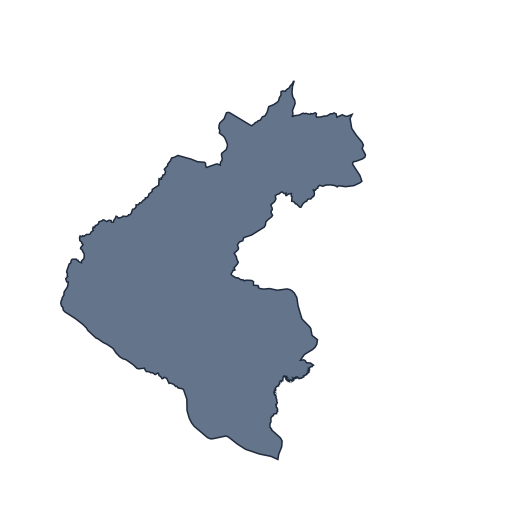 outline of San Martin, San Martín, Peru, rotated 130°
{"feature_id": "86281439B4761836687342", "entity_name": "San Martin", "entity_type": "district", "adm_level": 2, "iso_a3": "PER", "parent_name": "Peru", "parent_adm1": "San Martín", "projection": "orthographic", "projection_center": [-75.887, -6.437], "detail": "fine", "context": "isolated", "style": "filled", "palette": "slate", "viewbox_px": 512, "rotation_deg": 130, "n_neighbors": 0, "source": "geoboundaries", "source_scale": "gbopen_adm2", "svg_char_len": 6157}
<svg xmlns="http://www.w3.org/2000/svg" viewBox="0 0 512 512"><g transform="rotate(130 256 256)"><path d="M280.6,155.1L280.8,162.0L276.3,167.5L275.8,169.3L274.7,180.3L267.1,191.8L261.6,198.0L259.7,203.0L259.5,206.2L260.0,208.6L261.3,211.1L268.6,217.8L272.2,224.7L276.4,228.8L278.5,232.4L278.6,234.0L277.6,234.6L277.3,235.4L279.8,238.8L279.6,239.5L277.3,241.4L277.5,243.5L280.0,247.0L281.7,248.7L282.7,249.0L282.5,250.4L284.1,252.8L284.1,255.3L285.6,257.5L286.3,262.4L285.8,263.5L282.5,264.0L281.9,264.5L280.5,263.1L279.8,263.7L279.2,265.2L274.3,265.1L272.2,265.5L270.7,268.8L269.2,270.5L267.9,274.4L262.8,273.8L261.2,274.4L259.4,277.4L255.9,277.7L252.7,275.9L249.9,277.2L242.6,272.8L228.4,268.2L226.2,268.7L223.7,270.3L220.8,270.2L215.8,269.2L214.1,269.5L213.1,272.2L212.0,273.2L210.0,273.3L208.8,274.6L207.4,277.5L202.4,276.7L199.5,277.4L197.7,279.8L195.6,279.6L193.5,278.2L191.2,277.9L190.1,277.1L190.1,274.9L189.5,273.6L188.7,273.4L190.3,272.3L190.4,271.7L187.3,270.7L185.4,269.1L187.4,267.6L187.4,266.5L191.1,263.9L190.5,263.2L190.2,261.0L190.7,259.3L190.1,258.2L190.5,253.9L189.8,252.9L185.7,253.7L182.3,253.1L181.6,252.4L179.5,252.8L178.2,252.1L177.1,250.7L174.1,250.7L173.6,250.2L171.9,250.5L170.6,251.5L169.3,252.7L168.7,254.4L167.4,252.8L165.4,253.0L164.3,252.3L163.1,253.1L160.9,252.6L159.6,249.6L156.9,248.2L153.6,244.6L151.3,240.8L150.9,238.2L149.5,238.1L148.7,237.3L145.3,231.9L139.1,226.2L133.0,223.4L130.7,222.9L127.5,228.2L123.7,240.6L122.7,241.8L121.1,241.9L119.2,240.3L113.1,236.8L110.3,236.1L108.1,237.2L105.4,243.7L102.0,245.0L100.6,248.1L99.0,256.9L96.7,264.7L90.2,272.3L85.7,273.4L90.2,275.8L91.3,277.1L92.4,280.8L97.7,283.2L95.6,286.0L96.3,288.3L98.1,288.9L99.0,290.3L103.3,291.8L104.9,293.7L108.4,296.2L110.6,298.8L110.0,300.2L108.1,301.2L108.2,302.7L111.2,304.3L111.5,305.5L112.9,305.8L114.6,309.4L115.6,310.1L116.4,311.8L120.5,313.6L124.0,317.0L125.1,317.2L125.7,317.9L123.1,319.3L121.4,321.4L114.1,324.0L111.8,326.5L110.3,330.4L107.5,333.6L102.5,337.1L97.8,339.1L98.2,339.6L100.2,338.9L104.1,339.1L105.7,338.6L108.8,339.5L111.2,339.5L112.1,341.4L113.9,342.5L116.9,340.2L119.7,339.9L122.5,338.5L124.3,338.5L128.7,339.8L133.4,342.3L138.6,339.9L142.8,339.2L145.3,340.6L149.1,340.0L151.3,341.4L152.4,341.3L154.5,342.4L156.1,342.3L159.2,343.2L163.2,368.5L163.7,369.5L165.4,370.7L171.4,368.6L177.1,369.2L178.7,368.8L181.9,366.7L183.1,364.4L185.4,363.1L185.1,357.6L185.9,355.1L188.6,350.1L190.0,348.7L193.6,347.2L199.5,348.3L201.1,347.1L203.0,344.6L204.8,343.5L206.9,343.5L209.4,341.8L210.3,344.8L211.3,345.7L220.1,350.9L219.1,352.7L217.4,354.3L217.3,355.7L221.3,361.3L223.5,368.0L229.2,380.5L232.9,382.0L235.1,383.7L238.4,382.7L241.9,382.8L243.6,381.8L248.5,382.0L249.3,379.7L252.2,378.3L254.0,379.4L255.9,378.4L257.1,378.9L257.9,377.8L258.5,378.2L259.1,380.0L264.3,376.0L271.7,378.3L273.4,377.0L277.5,377.9L278.6,377.1L281.1,376.8L282.5,378.2L283.9,377.4L286.0,378.2L289.2,378.1L290.0,379.3L292.3,379.1L293.9,380.8L295.5,379.4L298.3,379.4L299.1,380.4L299.9,380.5L303.2,379.1L305.3,379.0L306.3,380.1L307.5,379.9L309.1,380.7L310.9,383.5L312.8,383.8L315.4,385.8L315.1,387.5L315.4,388.7L318.3,387.9L320.4,387.9L321.3,387.0L322.1,387.3L323.0,388.4L322.0,389.8L323.1,391.6L325.7,392.6L326.0,395.2L326.7,396.5L327.6,396.4L330.8,398.3L332.8,397.4L335.2,398.0L335.9,398.7L337.8,397.9L338.4,399.3L340.3,398.5L340.9,397.1L343.6,397.7L345.6,397.3L346.7,397.7L348.4,399.7L351.6,400.5L351.8,401.8L353.5,402.2L353.7,403.6L355.5,402.9L357.4,400.9L357.5,398.4L358.2,397.7L358.5,395.7L362.2,395.7L363.2,395.1L363.1,392.7L363.9,391.9L364.8,389.0L367.7,386.6L369.3,386.1L371.7,386.5L373.4,385.3L374.3,388.4L373.7,389.6L374.3,390.9L374.0,391.7L376.6,394.7L377.8,394.8L380.9,393.4L382.2,394.0L389.4,391.2L390.4,390.3L390.5,389.3L392.7,387.7L392.8,387.0L395.7,387.2L397.5,384.3L396.6,383.0L400.8,380.6L406.8,379.9L409.6,378.0L412.7,377.6L413.7,376.8L415.2,376.6L417.8,375.1L419.4,372.7L419.4,371.1L421.4,368.8L421.6,366.2L420.1,354.5L419.7,344.9L420.1,339.6L421.1,337.1L421.7,325.5L421.1,324.5L420.5,317.7L419.3,312.7L418.7,306.0L420.2,301.1L420.8,295.5L420.3,292.0L419.0,289.1L418.2,280.2L418.6,275.0L417.9,273.4L413.6,269.3L414.8,267.2L415.0,265.7L413.3,263.5L413.2,261.8L411.9,260.1L411.7,257.2L411.2,256.7L409.1,256.2L408.6,255.5L409.9,253.3L409.6,251.4L410.4,249.1L409.5,248.4L408.0,248.4L407.1,245.9L409.5,240.7L408.4,239.9L407.2,236.5L407.6,233.8L406.7,232.7L407.2,230.9L405.1,227.1L404.9,225.7L410.1,217.0L418.7,209.5L423.1,203.0L425.2,198.2L426.2,193.8L426.3,176.5L425.3,173.3L423.9,171.7L413.3,163.4L412.4,161.0L412.0,148.8L410.8,139.7L405.5,126.1L399.9,115.8L397.8,108.4L393.4,111.1L385.6,113.7L380.9,117.1L379.6,120.5L379.2,132.3L378.6,132.6L378.1,135.4L375.6,137.4L373.5,137.9L370.5,140.5L367.9,140.6L367.2,140.1L365.5,140.8L363.5,138.9L362.7,139.6L360.9,139.6L360.7,140.5L359.7,140.7L358.8,142.1L358.8,143.3L357.6,144.2L357.1,145.3L356.2,145.0L354.6,145.4L354.2,146.5L352.8,147.6L351.9,149.5L351.1,149.8L349.8,151.7L350.5,152.0L350.2,153.2L348.9,154.3L348.6,153.9L348.7,154.7L348.1,154.6L347.7,155.2L346.6,154.5L346.3,155.2L346.0,154.8L345.4,155.2L345.1,156.2L342.9,156.3L341.1,155.3L341.0,155.8L338.6,155.7L338.5,156.3L336.3,157.0L335.5,156.5L335.8,155.9L334.8,156.1L334.4,155.3L331.5,157.3L330.8,157.4L330.5,156.9L330.0,157.4L329.2,156.6L329.8,155.5L328.7,155.0L329.5,154.4L329.3,153.8L330.1,154.1L329.7,153.3L330.5,154.0L330.7,153.3L331.2,153.5L331.3,152.1L330.3,151.7L331.1,151.5L330.7,151.0L331.1,150.6L330.2,150.3L330.4,149.6L329.8,150.0L328.4,149.7L328.3,148.7L328.7,148.1L328.3,148.2L328.1,147.7L327.5,148.1L327.3,147.4L326.8,147.3L325.9,149.1L325.8,147.9L324.9,148.2L324.9,147.5L324.2,147.7L324.1,147.2L323.5,147.4L323.5,146.9L322.9,147.3L322.9,146.4L322.1,146.3L322.5,145.8L322.0,144.6L322.3,144.3L320.6,142.8L317.7,141.7L317.2,142.5L314.3,141.0L314.2,141.4L312.8,141.5L312.7,141.1L310.8,140.7L310.4,141.2L310.8,141.3L310.8,142.3L309.8,142.0L309.7,141.6L308.9,141.7L309.3,142.8L308.4,143.6L308.4,142.8L306.1,143.1L304.6,141.9L304.2,142.3L302.7,141.8L302.9,145.3L305.3,148.8L304.5,151.2L304.9,152.7L307.3,155.0L300.3,155.6L291.1,152.5L287.7,152.1L284.5,152.7L280.6,155.1Z" fill="#64748b" stroke="#1e293b" stroke-width="1.5"/></g></svg>